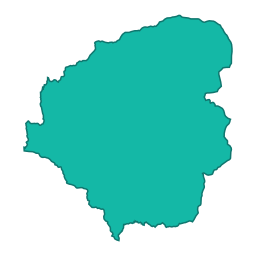 San Jerónimo, Antioquia, Colombia
{"feature_id": "7082276B34132684574045", "entity_name": "San Jerónimo", "entity_type": "district", "adm_level": 2, "iso_a3": "COL", "parent_name": "Colombia", "parent_adm1": "Antioquia", "projection": "mercator", "projection_center": [-75.715, 6.435], "detail": "fine", "context": "isolated", "style": "filled", "palette": "teal", "viewbox_px": 256, "rotation_deg": 0, "n_neighbors": 0, "source": "geoboundaries", "source_scale": "gbopen_adm2", "svg_char_len": 5720}
<svg xmlns="http://www.w3.org/2000/svg" viewBox="0 0 256 256"><path d="M24.2,150.9L28.9,151.5L32.6,151.7L34.4,152.3L36.1,153.2L38.1,153.3L38.9,153.7L39.8,155.6L40.4,156.4L41.5,157.1L42.9,157.4L44.4,157.2L45.4,157.3L46.3,157.7L48.0,158.1L48.9,158.6L50.2,159.6L51.5,161.3L54.4,162.9L54.9,163.5L54.9,164.6L55.0,164.8L57.1,165.4L57.8,166.7L58.1,167.0L58.9,167.3L60.5,166.8L61.2,167.2L61.6,169.3L62.9,171.3L63.0,173.2L64.4,175.4L64.2,176.6L65.2,179.0L67.0,181.7L66.6,182.6L66.9,183.2L69.2,184.1L71.3,184.5L73.9,185.4L75.1,186.2L75.9,187.3L76.6,187.9L77.5,188.0L80.9,187.6L82.6,187.7L83.4,188.4L85.9,188.9L87.4,189.7L87.9,191.2L86.8,193.8L87.4,195.1L87.3,195.7L87.0,196.4L87.0,198.1L87.5,198.8L87.6,199.9L87.9,200.4L89.0,200.7L89.4,201.0L88.8,204.1L92.0,207.4L94.1,207.5L95.9,207.1L96.2,207.2L97.6,208.4L99.1,208.1L99.9,208.5L100.2,208.9L101.6,209.2L102.8,209.0L103.6,209.7L104.2,210.5L104.2,211.9L104.5,212.7L104.6,214.4L103.8,216.3L103.9,218.1L104.2,219.2L105.7,221.0L106.5,221.2L107.7,221.9L107.8,222.4L107.5,222.8L107.5,223.3L109.2,225.8L109.7,226.3L110.1,227.1L110.4,228.2L110.4,230.7L111.1,231.7L112.0,232.2L112.6,233.1L112.9,233.9L112.9,234.5L112.2,235.1L111.8,236.0L113.9,236.8L114.6,238.4L114.9,238.9L116.7,239.9L118.9,240.6L119.1,238.4L118.9,237.5L118.4,236.6L118.4,234.8L119.5,233.9L120.3,232.8L122.0,231.3L121.8,230.9L122.7,229.9L122.7,229.1L123.5,227.9L123.6,225.3L124.0,225.0L123.8,224.5L124.6,224.4L124.8,224.6L126.9,223.7L128.4,223.9L129.6,223.2L131.0,222.8L132.2,223.4L132.7,223.0L133.2,223.1L134.1,222.7L134.0,222.1L134.1,221.6L135.2,221.9L135.4,221.7L135.9,221.8L135.7,221.3L136.2,221.6L137.3,221.6L138.1,222.7L138.6,222.9L140.1,222.6L140.5,222.3L140.8,222.7L141.6,223.2L141.4,223.8L142.1,224.0L142.7,224.8L144.1,225.2L144.2,223.9L144.6,222.7L145.5,222.7L146.1,222.0L146.8,222.7L147.9,223.4L148.9,224.3L149.6,224.5L151.2,226.0L152.3,226.5L153.4,226.0L154.3,226.4L155.1,227.1L155.5,226.5L156.7,225.6L157.5,224.5L160.7,224.1L162.5,222.8L164.3,224.3L165.2,225.3L165.5,226.5L166.3,227.3L167.9,226.7L168.4,226.8L169.2,226.4L171.9,226.9L173.7,226.4L175.8,226.6L176.2,226.3L177.4,226.1L177.8,225.8L178.7,224.8L179.4,223.5L180.3,223.8L184.3,222.7L185.4,222.6L189.5,220.9L191.1,221.2L192.5,221.8L194.0,219.6L196.0,215.8L198.1,213.1L198.2,212.8L197.6,209.9L197.8,207.4L198.0,206.8L198.7,206.0L200.5,205.0L200.9,203.8L201.2,197.6L202.0,195.7L201.9,193.5L202.8,190.7L204.2,187.6L204.3,186.4L203.8,184.0L203.9,183.4L204.6,182.1L204.7,181.7L204.6,180.2L203.5,176.8L203.2,174.4L202.6,173.4L203.5,173.0L204.2,173.1L207.0,174.8L208.3,175.1L211.2,174.6L212.5,174.0L213.5,171.3L214.1,170.2L214.5,169.9L216.4,169.6L217.2,168.8L217.9,167.4L220.0,166.7L221.5,164.9L227.6,160.5L229.2,159.8L230.2,158.9L230.5,158.3L230.8,152.1L231.4,149.5L231.2,148.0L229.8,145.7L227.8,144.5L227.5,144.1L227.5,141.0L227.0,140.2L225.7,138.9L224.0,136.5L224.2,135.8L224.2,133.5L224.9,130.2L225.7,127.7L226.8,125.7L229.0,123.6L229.8,121.8L230.0,120.4L230.5,119.3L227.8,118.2L225.6,116.3L224.7,114.7L224.3,112.7L223.6,110.4L222.4,108.5L219.7,106.9L217.8,106.0L215.2,106.0L215.0,104.5L213.6,102.6L212.6,102.4L210.4,103.1L210.1,102.6L210.1,100.7L209.4,99.7L208.2,99.7L205.8,100.4L204.2,97.0L204.8,95.9L205.4,93.5L207.2,92.9L209.4,92.9L213.1,92.5L217.3,91.5L218.2,89.3L221.3,86.3L220.7,82.0L218.8,74.3L218.8,71.9L221.3,69.8L223.1,67.8L226.1,67.4L229.4,67.3L230.1,65.3L231.4,63.3L231.5,55.7L232.0,51.8L232.0,48.6L231.6,44.6L230.8,42.2L228.3,38.5L228.1,37.6L227.1,35.7L226.5,34.8L225.6,34.2L223.9,31.6L222.9,29.4L221.3,27.4L220.3,25.2L218.4,24.3L214.9,21.8L213.5,21.2L209.3,20.8L207.1,21.3L204.8,22.2L203.8,22.2L202.3,21.6L199.2,19.2L198.2,18.9L190.9,18.9L188.3,18.0L183.1,17.4L182.0,17.1L180.1,15.5L179.4,15.4L178.8,15.4L176.6,16.4L174.3,16.9L172.7,17.0L170.4,17.8L167.1,18.0L164.8,19.2L162.8,21.1L159.5,22.0L158.5,23.8L156.2,26.2L155.9,26.3L154.4,26.1L153.8,26.6L152.7,26.7L150.7,26.2L147.5,27.3L145.5,27.0L144.2,27.1L142.2,28.0L139.6,30.7L139.2,30.7L138.4,30.4L137.6,30.7L134.5,30.8L131.4,31.6L129.2,32.4L125.2,32.4L122.5,34.4L120.8,37.0L119.5,39.7L117.4,40.7L115.7,42.2L114.4,42.2L112.9,42.8L112.6,42.7L112.2,42.2L111.9,42.2L109.7,42.4L108.5,42.9L105.2,42.3L103.3,41.6L102.7,41.2L101.1,41.3L100.6,41.7L100.1,41.7L98.9,40.9L97.0,41.3L96.2,41.7L95.6,41.9L95.1,42.3L94.7,43.0L95.3,44.5L95.0,45.6L95.4,47.1L95.5,49.3L94.7,50.2L94.4,50.8L90.1,55.2L88.3,58.7L86.3,60.6L82.9,60.6L82.0,61.3L81.4,61.5L79.4,61.2L78.0,62.4L76.8,63.1L76.5,64.6L75.6,65.4L74.4,65.6L73.3,65.4L72.0,65.9L70.4,65.6L67.6,66.9L66.1,67.1L65.4,68.0L65.3,70.4L64.8,70.9L64.1,71.3L63.9,71.8L64.5,75.2L64.2,75.9L63.4,76.6L61.8,76.6L61.2,77.0L60.5,79.8L59.2,80.6L58.6,81.3L58.4,82.0L57.2,81.5L55.8,80.1L54.6,79.8L54.0,79.9L52.5,81.3L51.3,81.6L50.1,81.3L49.4,80.6L48.4,77.8L47.6,77.5L47.6,79.8L46.9,81.6L47.1,82.4L46.6,83.6L46.0,84.6L45.7,84.9L45.3,84.9L44.7,84.7L44.3,84.8L43.9,87.2L43.7,87.3L43.1,86.9L42.6,87.1L42.6,87.5L43.4,88.9L43.3,89.2L43.0,89.3L42.5,89.0L42.3,89.0L42.2,90.0L42.0,90.7L41.4,91.4L41.1,92.1L40.5,92.3L40.7,96.1L40.7,96.8L40.4,97.4L40.9,98.3L40.7,99.1L41.2,101.2L41.0,101.5L41.0,102.3L40.4,103.4L40.3,104.1L40.7,106.1L41.4,107.0L42.6,113.1L42.9,114.1L43.2,114.6L43.4,115.5L43.4,118.2L43.0,118.9L43.7,119.3L43.9,119.7L44.1,120.6L44.0,121.5L43.0,123.9L42.0,124.1L40.6,125.2L40.2,125.3L39.7,125.2L38.1,123.6L37.5,123.4L35.1,123.6L34.7,123.4L31.9,123.6L30.8,123.5L29.8,122.8L29.5,122.1L28.8,121.6L28.6,121.1L28.2,121.0L25.9,123.4L25.8,123.8L26.1,124.4L26.1,125.5L26.5,126.6L26.2,128.9L26.7,129.5L26.7,130.9L27.2,131.9L27.0,132.6L27.5,134.8L26.9,135.8L27.4,137.4L28.3,138.8L28.3,140.3L28.1,140.9L26.5,142.0L26.3,142.3L27.4,144.5L26.8,145.9L25.6,147.3L25.4,147.3L24.6,146.7L25.3,147.6L25.2,148.0L24.0,147.4L24.2,150.9Z" fill="#14b8a6" stroke="#0f766e" stroke-width="1.5"/></svg>